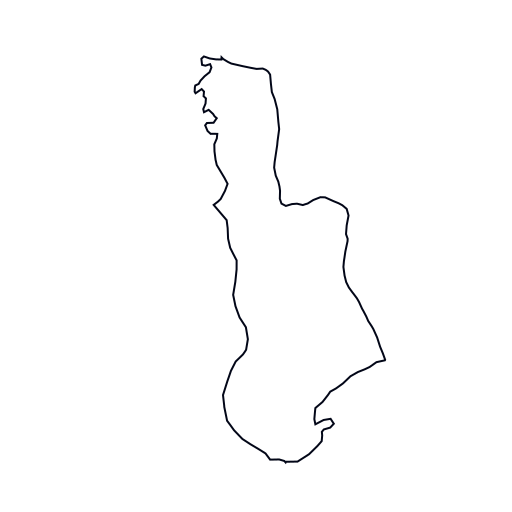 Juarzon, Sinoe, Liberia (orthographic projection), rotated 133°
{"feature_id": "62588387B89490647958390", "entity_name": "Juarzon", "entity_type": "district", "adm_level": 2, "iso_a3": "LBR", "parent_name": "Liberia", "parent_adm1": "Sinoe", "projection": "orthographic", "projection_center": [-8.921, 5.312], "detail": "fine", "context": "isolated", "style": "outline", "palette": "ink", "viewbox_px": 512, "rotation_deg": 133, "n_neighbors": 0, "source": "geoboundaries", "source_scale": "gbopen_adm2", "svg_char_len": 2351}
<svg xmlns="http://www.w3.org/2000/svg" viewBox="0 0 512 512"><g transform="rotate(133 256 256)"><path d="M386.8,93.5L386.0,93.7L378.0,85.4L364.7,82.0L352.9,81.5L346.6,81.7L342.1,85.2L339.7,87.9L336.6,88.1L330.9,84.7L325.6,84.7L324.2,90.4L329.8,94.7L338.6,97.8L335.5,102.1L329.6,106.7L326.7,108.9L317.4,107.8L308.3,108.6L304.6,109.2L298.4,107.2L289.9,105.5L279.5,104.9L271.5,102.4L264.7,99.2L259.7,97.2L251.5,95.5L244.4,90.6L243.8,90.8L240.7,96.8L240.2,97.9L237.7,103.4L233.0,111.8L229.4,120.4L228.5,123.4L227.0,129.6L225.0,134.2L222.9,140.2L222.2,142.5L220.2,147.3L219.4,149.2L218.1,153.4L217.1,159.0L216.8,161.0L215.7,166.6L213.6,172.2L209.9,177.9L204.4,184.6L199.8,188.2L197.0,190.1L191.8,193.7L182.8,199.1L180.9,200.7L178.6,205.1L171.7,210.6L163.3,215.9L159.7,221.8L160.0,227.5L161.1,231.6L163.1,236.9L166.0,245.5L169.1,249.0L176.0,252.3L182.4,254.0L184.4,255.2L186.8,256.5L189.8,261.7L193.5,265.1L199.0,268.3L200.3,273.1L197.9,277.6L191.9,282.9L189.2,286.2L186.4,290.4L185.2,293.1L183.8,296.3L179.0,303.0L174.5,306.5L170.1,309.5L160.5,316.1L157.4,318.5L147.4,325.6L142.5,331.3L134.2,340.5L128.5,349.4L125.3,356.2L120.0,362.4L113.7,369.4L112.9,373.0L113.1,375.1L113.3,376.1L114.3,378.9L118.8,383.2L122.1,388.4L126.3,395.3L132.1,405.3L133.2,408.9L134.3,414.3L134.2,416.7L135.9,415.3L139.6,419.5L143.1,424.6L145.6,430.2L149.0,430.5L153.0,425.8L151.3,422.8L147.0,420.4L148.5,417.2L153.2,415.3L159.6,416.2L165.5,416.2L169.3,415.3L172.7,416.7L174.4,415.7L177.7,412.9L178.2,411.2L171.0,409.6L171.2,406.2L174.9,403.3L174.9,400.1L178.9,396.9L180.7,396.2L184.5,394.8L186.3,392.1L181.4,390.3L181.4,384.2L182.1,381.6L182.0,378.7L187.5,377.9L192.2,382.6L195.1,382.3L197.6,376.7L197.6,372.5L195.1,369.9L193.1,367.6L196.8,364.8L202.7,362.7L207.8,357.7L213.3,351.1L214.0,350.0L216.2,346.8L220.4,332.3L222.6,326.0L229.5,323.1L238.4,320.7L242.1,320.9L247.5,321.8L249.8,301.9L254.4,296.4L254.8,295.9L262.4,288.2L267.6,280.5L269.9,274.3L271.5,269.8L272.4,267.2L279.1,261.0L289.0,253.5L300.0,246.2L306.7,236.8L312.2,226.0L315.0,214.8L322.4,205.2L331.3,199.3L333.4,198.9L336.9,198.4L347.0,198.9L357.1,196.0L362.9,193.4L367.2,191.5L380.2,185.3L387.3,177.0L388.0,176.3L396.2,164.8L397.2,159.3L398.4,153.3L398.5,151.8L399.1,141.2L397.5,131.9L395.4,122.2L393.9,114.4L395.3,106.8L389.0,100.3L386.6,95.5L386.8,93.5Z" fill="none" stroke="#020617" stroke-width="2"/></g></svg>